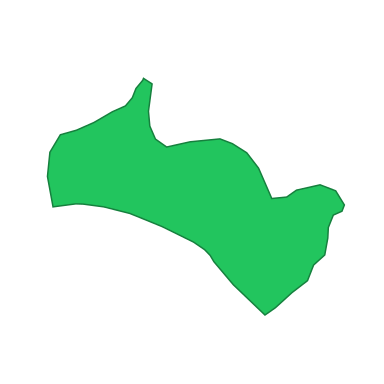 Junghwa, P'yŏngyang, North Korea, rotated 21°
{"feature_id": "82179303B90038198338897", "entity_name": "Junghwa", "entity_type": "district", "adm_level": 2, "iso_a3": "PRK", "parent_name": "North Korea", "parent_adm1": "P'yŏngyang", "projection": "robinson", "projection_center": [125.791, 38.876], "detail": "fine", "context": "isolated", "style": "filled", "palette": "green", "viewbox_px": 384, "rotation_deg": 21, "n_neighbors": 0, "source": "geoboundaries", "source_scale": "gbopen_adm2", "svg_char_len": 771}
<svg xmlns="http://www.w3.org/2000/svg" viewBox="0 0 384 384"><g transform="rotate(21 192 192)"><path d="M304.2,280.7L311.3,270.2L321.4,250.1L331.6,233.4L331.7,216.6L338.5,203.2L335.3,186.4L332.0,176.3L332.2,162.9L338.9,156.2L338.9,149.5L325.7,139.4L309.0,139.4L288.9,152.8L282.2,162.8L268.8,169.5L245.6,145.9L229.1,135.8L212.4,132.4L199.1,132.4L185.7,139.1L172.3,145.8L152.2,159.1L138.9,155.7L129.0,145.6L122.4,132.2L116.0,105.4L106.0,103.3L106.0,105.3L102.6,115.4L102.5,125.4L99.0,135.5L89.0,145.5L75.5,162.3L62.0,175.7L48.6,185.7L45.1,205.8L51.5,229.3L67.6,255.7L67.9,255.5L87.8,244.7L94.7,242.3L114.9,237.5L141.6,234.3L176.3,235.0L211.3,238.2L224.4,241.3L231.7,244.7L237.4,249.2L263.9,263.8L304.2,280.7Z" fill="#22c55e" stroke="#15803d" stroke-width="1.5"/></g></svg>